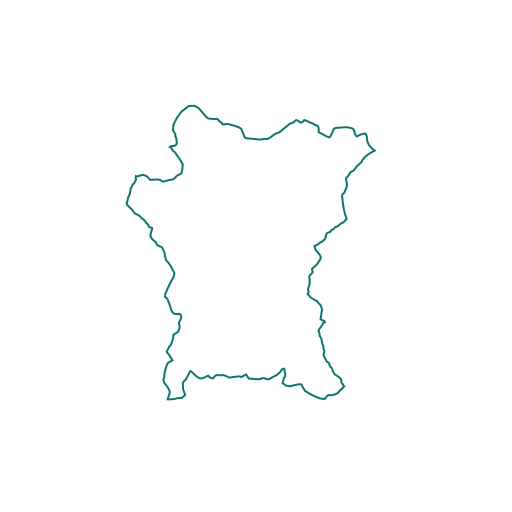 Naro, Thimphu, Bhutan, rotated 315°
{"feature_id": "84629894B37103530921458", "entity_name": "Naro", "entity_type": "district", "adm_level": 2, "iso_a3": "BTN", "parent_name": "Bhutan", "parent_adm1": "Thimphu", "projection": "orthographic", "projection_center": [89.526, 27.679], "detail": "fine", "context": "isolated", "style": "outline", "palette": "teal", "viewbox_px": 512, "rotation_deg": 315, "n_neighbors": 0, "source": "geoboundaries", "source_scale": "gbopen_adm2", "svg_char_len": 6158}
<svg xmlns="http://www.w3.org/2000/svg" viewBox="0 0 512 512"><g transform="rotate(315 256 256)"><path d="M226.2,410.6L226.2,409.3L226.8,407.8L226.8,406.5L227.2,405.5L228.3,404.5L228.9,403.2L229.2,401.7L228.6,398.2L228.2,396.6L228.1,394.7L228.6,392.7L229.5,390.2L230.4,389.0L230.3,387.3L230.6,385.7L231.3,384.2L231.9,383.5L231.9,382.9L231.4,380.7L233.6,373.8L237.3,371.4L238.4,368.8L239.5,368.0L240.3,366.2L241.7,363.7L243.9,360.4L244.4,357.7L245.9,356.0L247.8,352.7L248.5,352.5L252.2,352.0L254.6,351.4L255.6,351.0L256.4,350.9L256.9,351.0L257.9,351.6L258.3,350.4L258.1,349.8L257.7,348.8L257.1,347.2L257.0,346.2L259.9,344.2L263.2,341.6L264.6,341.1L265.4,339.4L266.9,336.9L266.9,335.5L266.9,332.9L267.4,330.9L266.7,329.7L265.9,326.3L265.3,324.2L265.6,321.7L265.5,319.5L267.7,318.7L267.9,318.2L269.1,316.6L270.1,315.7L271.4,315.1L274.6,313.4L275.8,312.0L277.2,310.9L278.1,309.1L280.0,307.8L280.6,307.7L284.0,307.7L285.1,307.0L285.6,305.6L286.6,304.7L287.2,304.7L292.0,305.0L294.2,304.8L298.1,304.0L300.6,303.1L301.4,301.7L301.9,300.1L302.0,298.7L302.3,296.3L302.3,294.6L303.2,292.3L304.4,290.2L305.4,290.7L308.0,291.5L309.6,291.8L310.8,291.7L312.6,292.6L314.9,292.7L316.5,292.7L319.0,291.8L319.8,290.9L321.9,290.1L323.0,290.2L325.5,291.5L327.5,291.0L329.6,291.7L332.8,291.7L333.6,292.3L335.2,292.9L339.1,293.0L341.0,293.9L342.9,294.0L344.5,293.8L345.8,294.1L346.6,293.5L348.5,289.4L349.6,287.7L351.1,285.2L353.3,282.0L356.0,278.5L357.3,277.0L359.0,274.6L361.0,273.5L362.0,273.8L363.9,273.5L364.6,273.0L368.5,271.6L370.3,270.3L371.9,268.5L373.5,265.8L374.4,264.8L375.7,264.5L377.1,264.7L379.9,264.1L381.9,263.6L383.2,263.8L385.0,264.5L387.7,264.4L390.8,263.8L392.9,264.0L397.1,264.2L398.8,263.5L399.7,263.3L403.3,263.1L406.4,263.4L409.1,263.9L412.2,264.7L414.4,265.4L414.1,261.8L414.2,258.6L414.4,257.2L415.9,253.4L417.5,251.3L419.0,249.8L419.2,248.9L419.8,247.6L419.8,246.6L419.2,246.2L417.9,245.2L415.3,243.9L412.0,242.9L411.7,242.0L412.4,239.3L414.1,236.5L414.6,235.3L414.0,233.3L413.3,232.1L410.9,228.7L409.6,227.6L408.3,226.3L406.3,224.8L405.0,223.5L403.4,222.2L401.4,221.1L399.5,221.6L397.5,222.6L393.6,223.9L392.0,224.1L391.4,223.4L390.3,220.9L389.6,218.4L387.9,212.6L389.7,211.0L390.5,210.1L391.3,208.7L391.5,207.7L391.5,206.9L390.8,206.1L390.4,205.2L389.9,202.7L388.3,199.1L388.0,197.7L387.1,195.9L387.0,195.1L386.2,194.0L385.8,194.1L383.9,194.1L382.0,193.4L381.5,190.8L381.1,189.1L380.4,188.3L379.8,188.1L377.1,188.0L376.2,187.8L374.6,186.9L373.3,186.4L366.9,185.7L363.0,185.5L359.8,185.0L356.7,183.5L354.0,182.8L351.1,182.5L347.9,181.8L346.1,180.9L344.6,179.1L341.1,176.5L335.9,170.1L333.1,166.8L331.8,164.5L333.0,161.7L334.7,157.3L335.4,156.3L335.3,154.7L334.5,152.1L333.3,149.6L330.8,145.0L329.1,142.3L326.1,139.9L325.5,139.6L325.4,139.2L325.8,138.5L325.4,134.3L325.7,132.6L325.1,131.1L323.6,130.1L322.5,128.6L320.7,126.6L319.5,124.8L319.2,123.5L319.6,116.3L319.9,113.4L319.8,109.8L318.3,105.8L314.5,102.4L305.4,101.2L297.7,102.4L290.5,104.8L286.2,108.4L285.7,110.3L285.1,112.9L283.7,114.1L283.4,115.1L282.8,116.5L281.8,117.8L280.5,119.4L279.8,120.1L278.2,120.9L276.6,120.6L274.4,119.0L273.8,118.3L272.1,118.1L272.4,119.3L272.4,120.2L272.1,121.2L271.6,122.4L271.8,123.5L272.0,125.2L271.9,126.6L271.6,127.8L271.3,128.9L270.6,133.5L269.1,139.2L266.7,141.4L264.6,143.0L263.5,143.7L261.9,144.7L260.4,144.7L258.9,143.8L257.4,143.6L255.8,143.3L254.8,143.5L252.9,143.5L251.1,142.8L249.6,141.9L248.6,141.0L246.6,140.0L245.7,139.2L243.9,138.4L243.0,137.8L242.7,137.4L242.0,134.5L240.6,132.3L237.4,129.5L235.0,127.3L235.0,125.9L235.2,123.1L235.1,122.4L234.8,121.8L234.4,120.3L233.7,119.0L232.2,117.8L229.2,116.3L227.9,115.3L227.6,114.6L226.3,115.5L225.1,117.2L224.3,117.4L223.3,117.7L221.3,118.5L219.7,118.2L217.1,119.2L215.1,119.7L211.1,122.7L206.8,124.3L205.1,125.5L202.0,127.2L201.0,128.6L201.1,136.0L200.5,139.1L200.6,140.9L201.6,143.3L202.0,145.9L202.0,147.0L201.8,148.6L202.4,150.7L202.1,152.4L202.2,153.6L201.7,155.1L202.0,156.7L201.7,157.9L201.0,159.6L201.0,160.2L201.3,160.9L201.8,161.5L202.1,162.2L202.2,162.9L201.9,163.3L201.1,163.8L198.0,165.3L195.6,167.0L195.0,168.7L194.6,169.9L194.7,173.6L194.9,175.1L194.8,175.9L194.2,176.8L193.9,178.6L194.4,179.8L194.8,181.4L195.4,182.2L195.6,183.3L195.3,184.5L194.5,186.4L193.7,189.1L191.7,191.4L189.4,195.6L189.4,197.3L189.1,200.6L188.4,203.6L186.1,210.6L182.6,212.6L174.6,215.0L168.7,217.2L164.7,218.9L162.8,220.5L163.0,223.7L161.6,226.7L161.2,228.0L160.2,230.0L158.0,234.0L157.2,236.6L157.3,238.9L158.8,240.9L159.9,242.3L160.8,242.5L161.3,243.8L160.5,245.5L159.3,246.9L156.1,248.2L154.4,248.4L152.9,250.9L151.1,252.8L150.0,253.3L148.7,254.0L147.5,254.4L145.1,254.1L143.9,253.7L141.7,253.4L139.3,255.5L135.0,257.8L132.7,258.7L130.3,258.7L129.9,259.0L127.3,259.8L126.3,260.2L125.4,260.5L125.0,261.0L124.6,264.6L124.2,266.1L123.3,270.7L122.2,270.5L119.0,269.4L116.9,269.6L112.5,271.7L109.1,273.8L105.7,276.5L104.1,277.5L103.2,277.8L101.6,280.4L101.3,281.5L101.1,284.0L100.6,286.7L99.6,290.2L98.4,291.6L96.2,292.8L93.5,294.1L92.2,294.9L93.9,296.7L97.9,299.9L99.8,300.9L103.6,304.1L107.6,304.1L110.4,298.4L114.8,293.8L119.4,293.6L123.1,292.5L127.9,290.8L128.3,291.0L128.7,293.2L128.6,295.7L128.7,298.0L129.4,302.0L130.4,303.6L131.5,304.5L134.0,305.6L137.7,306.8L137.5,309.1L138.2,311.0L139.2,312.2L141.7,311.8L143.9,312.3L145.0,313.5L147.2,316.0L148.8,317.1L150.4,321.0L151.2,323.2L157.6,328.0L158.8,329.0L159.7,330.4L160.4,331.5L162.9,331.9L165.2,332.8L164.5,336.3L164.2,337.5L165.1,338.4L166.3,340.0L169.0,343.1L171.1,345.4L172.4,346.3L173.7,346.6L174.7,347.5L175.6,348.6L176.3,350.0L176.7,350.9L177.3,351.8L178.8,352.6L182.6,353.5L186.3,354.8L187.7,354.9L189.9,355.1L191.7,355.1L193.7,354.7L195.1,354.7L196.1,355.3L196.2,355.7L194.0,358.8L193.0,360.4L191.8,361.4L190.7,361.8L189.8,361.9L188.2,362.7L187.4,363.3L186.0,363.9L184.8,364.9L185.2,365.7L185.3,368.5L188.2,372.4L191.7,374.4L196.0,377.2L197.2,379.0L196.2,382.3L195.3,386.2L196.7,392.0L197.9,395.5L198.9,398.2L200.4,401.6L202.1,404.1L203.1,405.2L203.8,405.8L206.3,405.3L208.7,405.4L211.2,408.0L214.2,409.8L216.9,410.8L218.1,410.7L219.5,410.4L220.3,410.4L223.0,410.7L225.5,410.5L226.2,410.6Z" fill="none" stroke="#0f766e" stroke-width="2"/></g></svg>